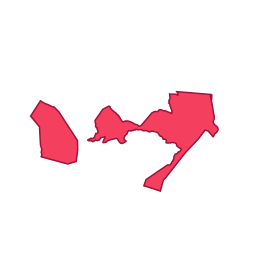 Constancia del Rosario, Oaxaca, Mexico (Robinson projection), rotated 327°
{"feature_id": "50627088B39624413829730", "entity_name": "Constancia del Rosario", "entity_type": "district", "adm_level": 2, "iso_a3": "MEX", "parent_name": "Mexico", "parent_adm1": "Oaxaca", "projection": "robinson", "projection_center": [-98.006, 17.064], "detail": "fine", "context": "isolated", "style": "filled", "palette": "rose", "viewbox_px": 256, "rotation_deg": 327, "n_neighbors": 0, "source": "geoboundaries", "source_scale": "gbopen_adm2", "svg_char_len": 5885}
<svg xmlns="http://www.w3.org/2000/svg" viewBox="0 0 256 256"><g transform="rotate(327 128 128)"><path d="M109.9,185.1L120.8,198.5L127.7,192.3L129.8,190.7L131.8,190.5L138.8,188.1L160.8,180.6L163.2,179.8L180.8,175.6L191.6,171.7L192.8,173.3L193.6,174.2L194.6,181.7L195.1,181.7L195.5,181.3L195.9,181.1L196.6,180.8L197.3,180.2L197.8,180.0L198.6,180.1L199.6,180.0L200.6,179.7L201.4,179.2L202.3,178.8L202.9,178.0L203.4,176.8L203.4,176.0L203.3,175.1L203.1,174.3L202.8,173.8L202.5,172.7L202.3,171.1L202.4,170.3L202.9,169.2L203.5,168.5L204.1,168.0L204.9,167.6L205.3,167.3L206.3,165.6L206.4,165.4L206.6,165.2L206.8,164.8L207.4,163.2L207.5,163.0L208.7,160.1L210.1,157.1L210.3,156.5L210.4,156.2L211.4,153.9L213.1,149.9L214.3,146.9L214.6,146.0L214.9,146.3L214.8,148.0L216.3,145.9L216.0,145.4L216.5,145.5L216.4,145.5L188.7,124.1L188.6,125.4L188.5,126.8L187.9,127.3L187.5,127.6L187.3,126.9L186.3,125.6L184.6,124.4L182.8,123.3L181.4,122.1L180.2,124.4L180.2,125.3L176.9,127.6L176.8,128.8L175.8,129.2L176.0,130.3L176.0,131.1L175.6,131.9L175.2,132.6L175.1,133.5L174.9,134.3L174.6,135.0L174.6,135.5L174.7,136.3L174.2,137.2L173.9,137.7L173.9,138.3L172.8,139.2L172.5,139.5L171.8,138.5L170.9,137.1L170.3,136.3L169.6,135.2L168.6,133.9L167.3,132.9L166.6,132.2L165.9,130.9L165.3,130.3L164.2,129.8L163.1,130.0L162.1,130.5L159.3,128.7L156.4,128.3L140.9,132.9L140.6,133.0L138.7,132.9L138.5,132.7L138.4,132.5L138.2,132.3L138.1,131.9L137.9,131.6L137.9,131.2L137.7,130.8L137.5,130.4L137.3,130.1L136.9,129.7L136.6,129.4L136.2,129.0L135.9,128.5L135.6,127.9L135.3,127.4L135.0,126.8L134.9,126.6L134.7,126.1L134.3,125.7L134.1,125.3L133.8,124.8L133.1,123.6L132.8,123.4L132.2,122.9L132.0,122.3L131.6,122.0L131.3,121.7L130.8,121.5L130.4,121.2L129.9,121.2L129.5,120.6L128.9,120.5L128.2,120.4L127.8,120.3L127.3,120.0L126.9,119.9L126.8,119.6L126.8,119.3L126.7,118.9L126.7,118.5L126.7,117.7L126.6,117.0L126.6,116.7L126.6,116.2L126.8,115.6L126.8,114.9L126.8,113.8L126.7,113.7L126.7,113.0L126.8,112.6L126.7,111.7L126.4,111.3L126.3,111.0L126.2,110.5L126.1,109.7L126.0,109.0L126.0,108.5L125.8,108.1L125.6,107.8L125.4,107.4L125.1,106.6L125.0,106.0L124.9,105.7L124.8,105.1L124.5,104.6L124.4,104.1L124.3,103.4L124.2,102.9L124.1,102.4L124.1,101.5L124.2,101.1L124.4,100.6L124.4,100.3L124.4,99.9L123.7,99.2L117.0,98.6L104.5,103.7L104.2,104.2L103.9,104.7L103.6,105.2L103.3,106.0L103.3,106.7L103.0,107.3L102.4,107.9L101.9,108.5L101.5,109.3L101.7,110.0L102.0,110.2L102.2,110.8L102.0,111.5L101.7,111.5L101.5,111.8L101.4,112.3L101.4,112.9L101.5,113.6L101.1,114.2L100.8,114.7L100.6,115.1L100.2,115.6L99.8,115.6L99.4,115.6L99.0,115.7L98.6,115.5L98.3,115.2L98.1,115.0L97.9,115.0L97.7,115.1L97.6,115.4L97.5,115.6L96.9,115.9L96.4,116.2L96.0,116.5L95.6,116.8L95.0,117.2L94.9,117.4L94.4,117.6L93.7,117.6L93.2,117.7L92.7,117.5L92.3,117.4L92.0,117.1L91.7,116.7L91.0,116.3L90.7,116.4L90.1,116.3L89.4,116.3L88.7,116.1L87.7,116.2L87.6,116.6L87.9,117.0L88.5,117.6L89.0,117.8L89.6,118.3L90.2,118.8L90.8,119.6L91.0,120.3L91.9,120.5L94.1,120.4L94.1,120.7L94.9,121.3L95.3,121.5L95.6,122.0L96.4,122.1L97.1,122.3L97.6,122.3L98.4,122.2L98.7,121.8L99.1,121.4L99.9,121.4L100.3,121.7L101.0,121.8L103.9,122.7L103.5,123.5L103.3,123.8L102.7,124.0L102.3,124.2L101.7,124.4L101.3,124.7L100.8,125.1L100.1,125.5L99.7,125.9L99.3,126.3L99.1,126.5L99.5,127.0L99.9,127.1L100.5,127.4L101.1,127.6L101.3,127.9L101.9,127.9L102.5,128.0L103.2,127.7L103.9,127.5L104.4,127.5L104.6,127.8L104.9,128.0L105.4,128.0L106.0,128.1L106.5,128.2L107.3,128.3L108.2,128.7L108.6,128.9L109.1,129.1L109.8,129.4L110.6,129.7L111.6,130.0L112.7,130.5L113.0,130.8L113.2,131.2L113.3,131.6L113.2,132.0L113.1,132.7L113.1,133.2L113.1,133.9L113.1,134.7L113.2,135.9L113.6,136.6L113.7,137.0L114.3,137.4L114.6,137.8L115.2,137.9L115.8,138.0L116.2,138.0L116.5,138.1L118.7,138.2L119.0,138.1L119.2,137.8L119.2,137.5L119.1,137.1L119.0,136.8L118.8,136.4L118.6,136.1L118.5,135.9L118.4,135.5L118.6,135.1L118.7,134.9L118.9,134.6L119.3,134.3L119.8,133.8L120.2,133.5L120.8,133.2L121.2,132.9L121.8,132.7L122.6,132.5L124.1,132.4L124.6,131.9L125.0,131.6L125.3,131.3L125.5,131.1L127.2,130.6L127.4,130.7L127.7,131.0L127.9,131.4L128.3,131.7L128.7,132.0L129.0,132.1L129.4,132.3L129.9,132.5L130.6,132.6L130.8,132.8L131.7,133.0L132.0,132.9L132.7,133.1L132.8,133.5L133.1,133.6L133.7,133.6L134.3,133.7L134.5,133.9L134.8,134.4L135.2,134.7L135.6,135.1L136.2,135.4L136.5,135.6L138.4,136.7L138.6,137.1L138.8,137.9L139.0,138.3L139.3,138.6L139.7,138.9L140.0,139.0L140.6,139.5L141.1,139.5L141.7,140.0L142.0,140.4L142.4,140.8L142.7,141.2L143.0,141.9L143.4,142.5L143.9,142.9L144.7,143.3L145.4,143.4L146.0,143.4L147.9,145.1L148.5,145.6L148.8,146.1L149.2,146.6L149.8,147.2L150.1,147.8L150.4,148.5L150.6,149.3L150.5,149.8L150.4,150.8L150.3,151.3L150.5,152.0L150.7,152.5L151.1,152.9L151.5,153.3L151.7,154.0L151.7,154.6L151.6,155.2L151.5,155.7L151.4,156.4L151.8,156.9L152.8,157.5L153.3,158.1L153.5,158.7L153.3,159.5L152.8,160.0L152.3,160.6L151.9,161.1L153.1,162.2L153.7,162.6L154.7,163.0L155.2,163.4L155.5,163.8L156.2,163.8L156.8,163.9L158.5,165.4L158.9,165.8L159.5,166.4L159.8,167.2L159.7,168.4L159.3,169.0L159.2,169.6L159.3,170.2L159.6,170.5L159.8,171.7L160.1,172.3L160.7,173.6L161.2,174.1L161.2,174.7L160.9,175.1L160.4,175.3L159.8,175.6L159.3,175.8L158.3,175.8L157.7,175.6L157.1,175.5L155.8,175.9L155.3,176.2L154.8,176.2L154.2,175.8L153.1,175.7L152.0,176.4L151.2,176.8L150.6,177.5L150.0,178.3L149.3,179.0L148.1,179.6L147.2,180.2L146.4,180.4L145.3,181.1L144.5,181.4L143.8,181.6L143.2,181.9L142.1,181.3L141.4,180.7L140.6,180.5L129.6,180.7L115.0,181.1L109.9,185.1ZM66.3,127.9L73.7,119.2L78.8,111.0L78.8,96.1L78.8,76.6L77.4,70.1L75.7,68.5L75.3,67.6L74.8,66.8L74.5,66.2L73.3,64.3L72.3,63.1L71.7,62.2L71.0,60.9L70.4,59.9L70.0,58.7L69.4,57.5L52.8,65.0L54.4,78.8L45.4,94.5L44.0,99.0L42.6,100.4L42.1,101.0L41.9,101.2L41.8,101.4L41.9,101.7L40.6,104.4L39.7,104.5L39.5,104.9L57.8,125.3L66.3,127.9Z" fill="#f43f5e" stroke="#9f1239" stroke-width="1.5"/></g></svg>